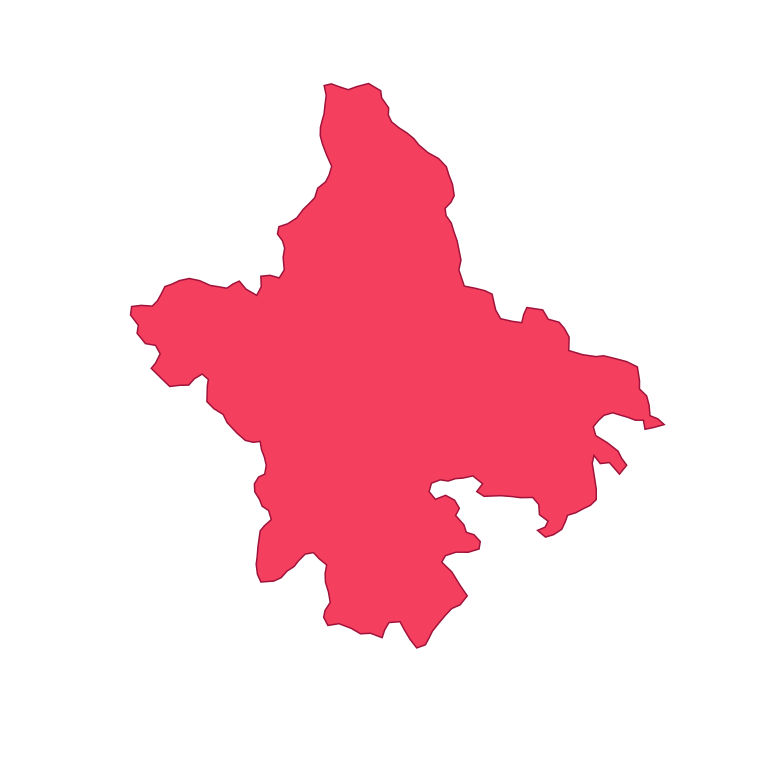 the district of Laje do Muriaé, Rio de Janeiro, Brazil, rotated 127°
{"feature_id": "56859067B52854744724154", "entity_name": "Laje do Muriaé", "entity_type": "district", "adm_level": 2, "iso_a3": "BRA", "parent_name": "Brazil", "parent_adm1": "Rio de Janeiro", "projection": "natural_earth1", "projection_center": [-42.133, -21.251], "detail": "fine", "context": "isolated", "style": "filled", "palette": "rose", "viewbox_px": 768, "rotation_deg": 127, "n_neighbors": 0, "source": "geoboundaries", "source_scale": "gbopen_adm2", "svg_char_len": 3171}
<svg xmlns="http://www.w3.org/2000/svg" viewBox="0 0 768 768"><g transform="rotate(127 384 384)"><path d="M181.7,611.4L188.3,603.8L197.1,598.8L204.4,594.4L210.4,592.1L217.3,589.2L224.0,584.4L229.3,577.7L235.6,567.7L241.6,556.8L250.2,553.6L257.7,552.3L267.5,554.8L276.9,551.4L284.5,552.3L293.0,553.6L303.8,553.6L313.9,557.3L321.6,562.6L328.3,559.4L330.8,551.1L335.3,545.1L343.7,540.7L352.9,532.3L362.3,531.5L365.7,540.3L372.0,547.2L380.2,540.6L389.8,539.0L391.3,551.4L388.9,561.5L394.8,564.7L402.1,567.2L406.4,575.6L409.9,582.2L412.4,593.4L416.9,603.0L424.5,609.6L431.9,613.5L438.1,617.6L446.7,616.0L454.0,615.0L461.3,616.0L467.3,625.2L474.0,632.2L481.4,628.0L485.0,615.5L492.1,611.7L495.3,598.8L490.6,589.7L494.6,580.9L504.8,579.0L511.6,579.3L513.6,564.3L514.9,553.6L508.0,546.4L502.4,539.3L493.9,538.6L485.5,535.2L486.1,527.0L491.9,523.9L504.7,514.8L506.1,504.9L505.1,494.1L509.2,486.1L511.7,472.0L512.5,460.8L509.3,453.4L504.4,448.3L510.0,442.5L514.5,435.4L519.8,429.1L527.8,425.0L533.8,428.2L541.8,427.4L547.8,422.4L551.2,413.8L554.9,407.8L554.5,400.0L560.1,392.4L569.2,394.2L575.8,394.5L582.5,390.8L590.5,386.3L598.2,381.4L605.0,377.5L612.2,370.5L616.2,363.1L607.7,353.4L600.6,349.6L591.6,348.8L583.6,345.9L577.2,345.9L567.3,344.6L561.1,338.9L562.6,330.5L563.0,320.9L570.9,316.9L577.6,311.4L583.6,303.1L590.8,295.5L600.4,294.8L606.6,291.8L610.6,283.5L602.5,275.7L598.9,263.2L597.6,252.4L591.2,244.8L587.7,232.8L580.3,235.4L571.6,236.5L564.2,228.2L568.2,219.5L572.3,209.4L575.1,199.0L567.4,194.0L560.8,195.0L552.1,196.6L541.8,196.3L532.2,195.8L522.6,194.8L514.6,190.3L503.1,190.0L498.9,202.4L493.3,216.6L491.5,230.7L484.1,231.6L475.0,225.3L467.6,215.4L458.5,208.8L451.9,212.3L450.2,221.3L452.9,229.0L448.4,235.4L445.9,247.7L437.9,249.0L434.3,257.7L435.8,267.8L445.2,273.6L442.8,283.2L434.7,286.4L426.7,281.4L422.9,274.4L416.5,269.9L411.7,264.4L403.9,257.7L404.3,245.2L414.1,245.2L413.5,236.5L408.4,230.3L402.9,223.5L396.9,214.1L392.7,206.7L385.1,196.9L387.1,187.9L394.8,181.2L394.8,170.4L401.4,169.2L408.5,173.3L409.1,162.9L402.3,157.9L393.1,154.6L384.9,156.3L378.4,158.4L371.3,153.3L364.3,150.1L356.7,146.2L348.6,144.9L340.2,151.2L332.4,159.2L326.8,165.0L322.0,170.0L314.7,173.3L317.4,163.4L311.1,156.7L314.3,141.7L302.8,141.3L300.3,149.6L296.8,156.6L296.5,170.4L297.8,183.8L292.2,191.1L284.2,190.8L276.7,189.5L269.4,184.1L266.4,175.9L263.8,169.1L261.7,161.6L256.8,155.0L263.1,148.3L256.5,142.5L247.8,135.8L247.0,144.3L249.2,152.5L241.4,159.5L235.5,167.0L234.2,177.0L227.5,182.0L217.9,191.9L220.1,203.7L225.0,215.7L229.3,225.6L234.5,231.1L241.1,243.1L246.1,256.6L235.1,264.4L231.0,273.6L229.3,281.4L233.4,291.8L229.3,301.8L236.9,315.9L244.3,314.3L252.1,310.9L256.8,319.3L261.7,330.2L257.7,339.3L252.6,345.4L247.2,351.7L248.8,359.7L252.7,368.9L257.5,378.8L247.8,392.9L238.7,397.1L225.7,411.7L220.2,420.0L215.0,427.1L212.1,435.9L206.9,440.9L198.7,439.9L191.4,441.2L183.3,449.5L178.1,457.9L173.0,464.9L171.1,476.2L172.8,488.2L172.1,500.2L170.1,507.7L169.7,516.9L170.4,526.0L170.1,535.7L166.6,542.4L160.7,546.4L156.9,558.1L151.8,563.1L153.3,577.2L163.0,584.8L170.5,589.7L173.5,598.5L176.0,606.7L181.7,611.4Z" fill="#f43f5e" stroke="#9f1239" stroke-width="1.5"/></g></svg>